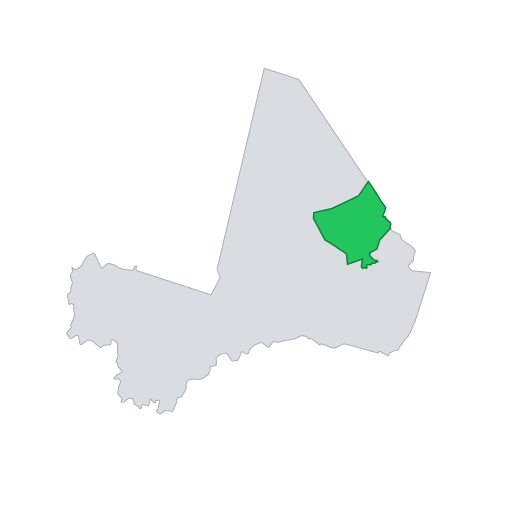 Tessalit, Kidal, Mali (highlighted), rotated 18°
{"feature_id": "8926073B10282848961107", "entity_name": "Tessalit", "entity_type": "district", "adm_level": 2, "iso_a3": "MLI", "parent_name": "Mali", "parent_adm1": "Kidal", "projection": "natural_earth1", "projection_center": [1.279, 20.161], "detail": "fine", "context": "in_parent", "style": "filled", "palette": "green", "viewbox_px": 512, "rotation_deg": 18, "n_neighbors": 0, "source": "geoboundaries", "source_scale": "gbopen_adm2", "svg_char_len": 5550}
<svg xmlns="http://www.w3.org/2000/svg" viewBox="0 0 512 512"><g transform="rotate(18 256 256)"><path d="M102.2,382.1L102.3,380.3L101.0,379.0L100.9,378.4L101.8,373.1L101.7,371.7L102.3,369.0L101.4,367.8L101.2,366.9L99.1,363.5L98.4,360.5L97.4,358.6L94.8,358.0L93.8,359.6L93.2,359.9L92.3,358.7L92.0,357.7L92.0,356.8L88.7,352.2L89.0,349.7L90.2,348.4L90.8,346.3L89.6,343.9L89.8,341.5L89.7,338.2L87.8,335.4L86.5,334.1L85.4,332.1L86.3,327.5L84.5,323.5L88.1,325.1L89.8,323.6L91.5,321.6L93.0,319.0L93.7,315.7L94.0,312.9L95.5,308.5L97.3,306.4L100.9,303.4L101.9,303.7L107.8,310.2L111.1,313.5L112.3,315.2L113.4,315.2L115.1,312.0L116.9,309.3L117.6,308.6L123.5,308.2L126.6,308.8L129.4,309.5L133.3,309.8L143.6,307.7L143.7,306.4L143.6,304.9L144.0,303.7L144.9,302.6L145.6,302.4L145.9,306.1L146.8,306.6L149.2,306.8L225.3,306.8L228.6,287.6L223.1,280.7L205.8,74.9L241.9,74.9L248.1,79.5L363.6,170.0L364.1,173.0L364.0,177.0L364.9,178.2L366.5,179.5L373.1,183.4L373.7,184.1L373.9,185.7L374.7,187.7L376.1,188.8L377.7,189.7L379.7,190.3L385.7,190.9L386.9,191.8L389.5,195.4L390.9,196.1L399.0,198.0L401.6,199.0L404.5,200.6L406.0,202.1L406.0,207.7L407.1,211.3L407.1,212.3L405.8,213.7L405.5,214.8L404.0,217.7L404.3,218.8L407.1,221.0L408.5,221.6L410.1,221.6L427.2,217.9L427.5,270.2L426.9,271.1L426.5,280.3L425.3,285.8L423.1,289.8L421.7,295.8L420.9,297.0L420.2,300.5L419.0,302.5L416.8,303.3L412.9,307.1L412.5,310.2L403.3,308.5L402.7,308.5L402.3,308.9L402.1,310.6L378.4,311.5L366.8,312.3L359.4,319.3L354.7,320.0L348.7,319.4L345.7,319.4L344.5,319.8L344.2,321.1L334.8,317.4L331.3,318.6L330.8,318.2L330.3,317.4L328.6,317.0L325.9,317.2L323.9,317.7L317.9,323.3L314.7,324.7L308.7,328.0L304.5,330.9L303.0,331.4L300.6,331.5L298.7,332.1L296.9,338.5L295.7,339.2L288.6,336.6L287.1,337.0L285.9,337.7L281.9,341.5L279.9,344.5L278.8,348.4L279.0,351.1L278.3,351.8L276.4,352.0L273.1,351.2L272.1,351.6L271.6,353.5L271.6,357.8L270.9,360.8L268.9,361.7L267.4,362.8L266.2,363.2L265.2,362.9L259.4,358.5L257.5,357.8L255.3,358.3L253.2,360.2L249.5,364.7L249.9,366.3L250.9,368.2L251.6,370.5L251.6,372.6L246.3,375.6L247.5,377.8L247.3,383.7L244.8,386.4L244.0,388.2L241.6,390.1L239.5,391.2L233.1,392.7L230.5,394.6L229.3,396.1L229.0,397.8L229.2,399.7L230.5,403.6L230.0,407.1L229.0,411.3L228.0,413.1L225.0,415.3L225.4,418.0L225.6,421.9L225.1,426.9L224.2,430.3L223.5,429.9L220.6,430.1L217.5,431.1L216.4,432.0L216.1,433.1L213.5,435.9L211.7,435.7L210.1,435.0L209.2,434.3L209.2,433.8L210.2,431.6L210.2,430.9L209.2,427.0L209.4,426.1L209.0,423.2L208.8,423.0L205.4,424.3L205.2,424.8L205.7,426.7L205.4,427.0L204.2,427.0L202.4,426.4L200.6,424.6L200.1,425.2L199.9,426.6L199.8,428.2L200.2,431.1L199.7,432.1L196.8,431.9L194.3,432.3L193.7,433.3L193.5,434.5L194.0,435.8L193.9,436.3L192.9,437.1L192.4,437.1L191.1,435.7L185.7,434.3L185.3,432.3L184.6,432.3L182.9,429.9L182.2,430.0L181.6,430.4L179.5,430.2L177.7,432.3L176.3,434.9L174.8,436.1L172.6,436.7L172.9,435.0L172.3,432.8L167.6,430.0L166.9,428.8L165.7,422.4L165.8,420.5L166.1,418.8L166.0,417.5L165.5,416.5L164.1,415.6L162.6,415.1L160.8,416.4L159.9,416.6L159.0,416.5L158.6,416.1L158.7,415.4L160.7,412.0L161.7,410.5L163.7,408.9L164.2,408.0L164.3,407.4L164.1,406.9L162.8,406.3L160.8,404.7L159.7,404.5L158.8,403.8L157.8,401.3L157.4,400.8L156.4,400.5L155.5,399.9L155.7,393.8L153.7,389.3L152.0,383.5L151.1,382.2L149.5,381.0L147.5,380.2L145.8,380.0L143.8,380.6L143.8,381.2L144.9,383.0L145.1,384.1L144.9,385.1L144.5,385.7L141.8,386.4L138.2,388.5L137.0,390.9L136.2,391.2L134.8,390.9L125.4,386.8L121.3,388.6L118.7,392.2L118.1,393.4L116.9,394.4L116.2,394.4L115.5,393.7L112.8,388.3L111.6,387.0L110.1,386.9L108.8,387.8L107.5,389.6L105.8,391.3L104.7,391.9L103.8,391.6L99.9,387.9L99.8,387.1L101.6,382.8L102.2,382.1Z" fill="#d9dde1" stroke="#a8b0b8" stroke-width="1"/><path d="M345.6,235.6L356.1,227.6L358.1,225.8L359.6,233.7L361.1,234.8L362.4,233.7L363.9,233.6L364.8,233.3L365.2,232.8L364.4,231.9L364.2,230.0L368.1,228.8L368.3,227.2L369.7,226.5L371.3,226.2L371.7,224.6L373.5,224.1L373.5,223.5L372.6,222.9L371.0,223.2L369.6,223.5L368.8,223.2L367.9,222.5L366.8,222.0L364.6,221.0L363.1,218.0L368.9,211.9L368.7,202.7L375.3,187.9L375.2,187.8L375.2,187.7L374.8,187.5L374.6,187.3L374.4,187.1L374.4,186.9L374.4,186.7L374.5,186.5L374.5,186.4L374.4,186.1L374.3,185.9L374.3,185.7L374.5,185.3L374.5,185.2L374.4,185.0L374.3,184.9L374.2,184.8L374.2,184.7L374.3,184.7L374.2,184.4L374.2,184.2L374.3,184.2L374.2,183.9L374.0,183.7L373.9,183.5L373.9,183.3L373.8,183.2L373.6,183.2L373.4,182.9L373.2,182.9L372.9,182.7L372.8,182.4L372.7,182.3L372.4,182.2L372.2,182.2L371.9,182.1L371.6,182.0L371.4,181.9L371.1,181.8L370.8,181.7L370.7,181.7L370.5,181.4L370.2,181.3L369.9,181.2L369.6,181.1L369.1,180.9L368.9,180.8L368.7,181.0L368.5,180.9L368.4,180.8L368.3,180.7L368.2,180.6L368.0,180.4L367.8,180.2L367.7,179.9L367.6,179.7L367.5,179.4L367.4,179.3L367.3,179.2L367.1,178.9L366.9,178.9L366.7,178.9L366.4,179.0L366.2,179.1L366.0,178.9L365.9,179.0L365.7,179.1L365.5,179.3L365.4,179.3L365.2,179.3L364.7,179.4L364.4,179.3L364.1,179.1L364.0,178.8L364.0,178.7L364.0,178.4L364.0,178.2L364.0,177.6L364.1,177.2L364.2,176.6L364.3,176.4L364.3,176.0L364.4,175.6L364.5,175.0L364.5,174.5L364.6,173.9L364.5,173.7L364.5,173.2L364.5,172.7L364.6,171.6L364.4,170.6L364.3,169.7L364.1,169.5L363.3,169.0L363.1,168.9L360.6,167.1L358.2,165.3L356.7,164.1L355.4,162.9L353.7,161.4L352.2,160.2L350.9,159.0L349.0,157.5L347.5,156.4L345.1,154.3L342.3,152.2L339.8,150.4L335.1,166.9L321.7,179.7L313.4,187.5L297.6,197.0L299.1,202.6L316.7,219.5L321.6,220.5L336.6,224.6L341.4,226.1L345.6,235.6Z" fill="#22c55e" stroke="#15803d" stroke-width="1.5"/></g></svg>